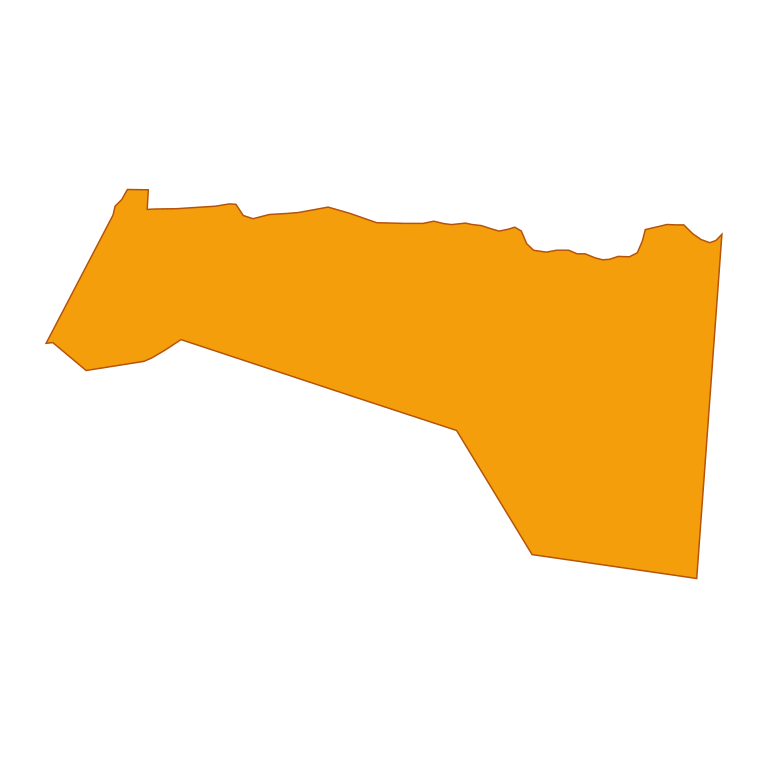 the district of Fernando Pedroza, Rio Grande do Norte, Brazil
{"feature_id": "56859067B72055412128450", "entity_name": "Fernando Pedroza", "entity_type": "district", "adm_level": 2, "iso_a3": "BRA", "parent_name": "Brazil", "parent_adm1": "Rio Grande do Norte", "projection": "albers", "projection_center": [-36.408, -5.775], "detail": "fine", "context": "isolated", "style": "filled", "palette": "amber", "viewbox_px": 768, "rotation_deg": 0, "n_neighbors": 0, "source": "geoboundaries", "source_scale": "gbopen_adm2", "svg_char_len": 956}
<svg xmlns="http://www.w3.org/2000/svg" viewBox="0 0 768 768"><path d="M46.1,343.3L52.8,342.6L86.1,370.5L144.0,361.3L151.6,358.0L164.9,350.2L181.0,339.6L356.0,397.5L456.6,430.5L532.1,554.6L696.7,578.5L721.9,234.3L715.9,240.5L709.7,242.7L701.0,239.5L692.7,233.7L683.8,224.9L676.5,224.9L666.9,224.5L660.3,226.1L645.3,229.6L642.4,240.9L637.3,252.8L629.3,256.8L618.2,256.4L609.5,259.3L602.7,259.8L595.2,257.9L585.1,253.8L577.1,253.8L568.6,250.2L556.9,250.2L546.3,252.1L533.6,250.3L526.7,243.7L521.3,231.0L514.8,227.2L507.9,229.3L499.0,231.1L490.0,228.4L481.4,225.6L472.0,224.5L465.4,223.1L451.5,224.6L443.3,223.5L433.9,221.2L423.1,223.4L404.0,223.4L376.6,222.7L349.7,213.3L328.1,207.1L298.5,212.5L287.9,213.4L269.3,214.5L253.0,218.7L243.3,215.5L235.9,204.3L229.3,203.9L215.5,206.2L199.7,207.2L176.4,208.7L155.5,209.0L147.2,209.4L148.3,189.8L127.4,189.5L121.7,199.6L115.1,206.2L113.0,215.1L46.1,343.3Z" fill="#f59e0b" stroke="#b45309" stroke-width="1.5"/></svg>